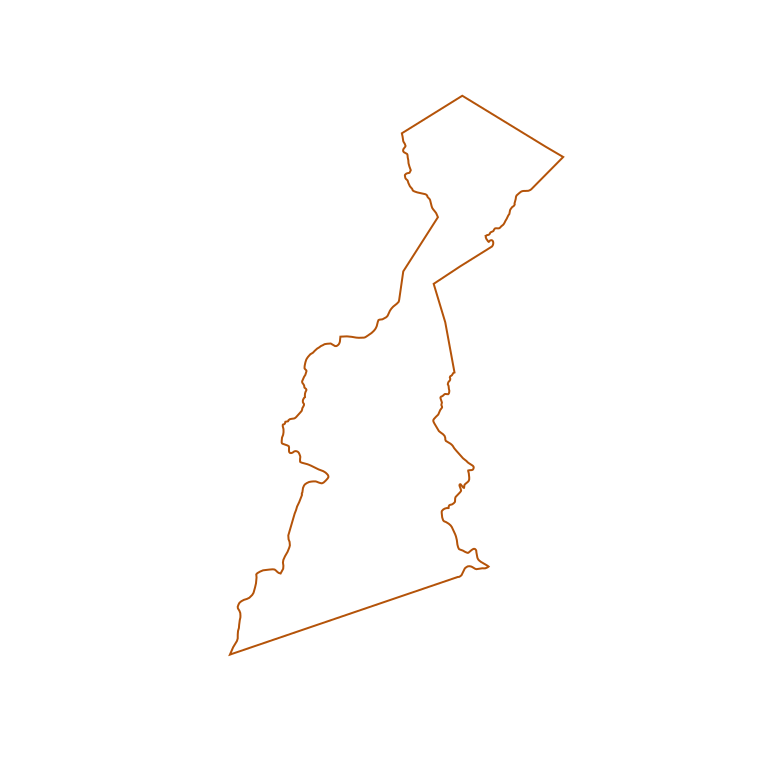 the district of Las Flores, Lempira, Honduras, rotated 150°
{"feature_id": "27666195B81012713461680", "entity_name": "Las Flores", "entity_type": "district", "adm_level": 2, "iso_a3": "HND", "parent_name": "Honduras", "parent_adm1": "Lempira", "projection": "natural_earth1", "projection_center": [-88.667, 14.674], "detail": "fine", "context": "isolated", "style": "outline", "palette": "amber", "viewbox_px": 768, "rotation_deg": 150, "n_neighbors": 0, "source": "geoboundaries", "source_scale": "gbopen_adm2", "svg_char_len": 6154}
<svg xmlns="http://www.w3.org/2000/svg" viewBox="0 0 768 768"><g transform="rotate(150 384 384)"><path d="M390.1,244.3L389.1,245.7L388.1,246.3L387.2,246.3L385.6,245.8L384.9,245.7L383.1,245.9L381.6,246.4L381.2,246.8L379.6,249.3L378.7,250.2L378.0,250.5L372.2,252.2L370.9,252.8L370.5,253.2L370.0,255.0L369.5,258.0L369.2,258.7L368.7,259.1L368.1,259.1L367.8,258.8L367.2,254.9L367.0,254.4L366.7,254.1L366.1,254.6L365.3,255.8L364.5,256.5L363.5,256.8L360.4,257.3L359.0,257.8L357.9,258.8L356.9,260.5L355.2,264.3L354.6,266.6L354.3,267.0L353.3,266.7L351.1,265.6L350.1,265.4L349.5,265.6L348.8,266.0L347.9,267.1L347.8,267.9L348.0,268.9L350.3,273.4L350.7,274.4L351.1,276.1L352.7,280.1L354.7,289.8L355.3,293.2L355.4,296.2L355.8,297.8L356.3,299.1L358.9,303.8L358.7,305.2L358.0,306.5L357.8,307.1L357.5,308.8L358.0,311.0L359.2,313.7L360.0,315.8L360.1,324.9L360.0,326.4L359.8,327.3L359.3,328.1L358.3,328.7L355.5,329.6L352.3,330.4L348.4,333.3L345.5,334.6L345.0,335.6L344.9,336.8L344.8,337.2L343.1,339.0L342.2,343.4L341.9,344.0L341.7,344.2L340.7,344.5L339.4,344.3L336.6,344.9L335.9,344.7L333.6,343.1L333.0,343.2L332.3,343.6L331.5,344.5L330.8,345.5L330.2,347.5L329.5,349.0L329.0,350.2L328.9,351.8L328.2,352.7L326.8,353.7L325.5,354.0L324.7,354.5L324.0,355.4L323.7,356.8L323.0,357.4L322.4,357.6L321.5,357.5L320.7,357.7L318.4,358.9L317.2,358.7L300.1,406.8L290.9,445.9L259.1,447.8L221.6,449.1L220.1,450.0L219.3,450.8L218.5,452.2L218.3,453.2L218.4,453.9L218.6,454.4L218.9,454.7L219.4,455.0L220.4,455.2L221.5,455.0L222.0,454.7L222.3,454.8L222.6,455.8L222.6,457.0L222.8,458.0L222.6,459.9L222.5,460.2L222.0,460.8L222.0,461.4L220.3,461.4L218.9,460.9L218.3,460.9L217.3,461.2L216.5,461.8L215.9,462.0L215.2,462.0L213.5,461.8L212.8,461.8L211.3,462.8L210.2,463.2L209.4,463.0L206.7,461.4L206.2,461.3L205.1,461.4L203.8,461.9L201.2,462.3L200.4,462.6L198.8,463.5L197.2,464.6L195.2,465.7L192.0,467.9L190.5,468.5L188.0,471.4L187.2,472.0L184.7,473.1L182.6,473.3L181.5,473.8L181.0,474.2L180.7,475.1L177.5,478.3L176.1,480.1L174.9,481.0L171.5,481.7L169.5,482.0L168.5,482.0L167.0,481.6L163.5,479.7L162.2,479.1L160.4,478.9L159.1,479.0L115.3,491.0L125.2,508.4L172.1,594.5L243.2,592.2L244.2,589.0L245.9,584.7L246.0,583.6L245.9,581.7L246.3,579.4L246.9,578.9L249.6,577.8L250.5,577.0L250.9,576.2L251.0,575.6L250.8,574.7L249.3,572.2L249.0,571.6L249.0,571.1L249.4,570.0L250.2,568.3L251.1,565.6L252.4,562.9L253.3,559.4L253.9,555.8L255.0,555.0L256.3,554.2L256.9,554.3L258.5,554.9L259.6,555.0L261.1,554.7L261.5,554.4L261.8,553.8L262.5,551.8L262.5,550.8L261.8,548.5L262.4,545.8L262.7,542.2L262.1,539.1L262.1,538.2L262.3,537.4L262.2,536.9L261.4,535.6L259.4,533.3L253.4,527.8L252.8,526.9L252.5,526.0L252.4,525.6L252.7,524.8L252.7,524.3L252.5,523.0L252.1,521.6L252.1,520.3L253.9,514.0L254.2,512.3L254.1,510.7L253.6,507.6L253.4,505.9L253.9,501.5L311.0,471.9L328.7,449.4L329.6,448.4L330.3,447.8L332.8,447.1L337.4,446.4L339.9,445.6L342.2,444.5L346.7,441.3L347.9,440.9L348.8,440.7L353.0,440.8L355.8,442.0L356.8,442.1L358.1,441.1L361.4,437.7L363.1,436.5L364.4,435.8L366.3,435.1L369.3,434.4L375.7,433.9L377.1,433.9L378.2,434.2L382.7,436.6L384.9,438.1L388.4,441.0L392.3,443.8L398.1,446.8L400.9,442.9L401.8,442.0L403.3,441.0L405.1,440.6L406.4,440.7L407.4,441.3L409.9,445.7L413.2,447.3L415.6,448.2L417.5,448.2L419.7,448.4L422.1,448.1L424.1,448.1L427.3,447.4L430.0,446.6L432.9,446.6L436.2,445.5L437.9,444.7L439.1,444.0L441.1,442.2L442.4,440.8L443.7,439.3L444.9,437.5L445.0,436.9L444.5,434.7L444.6,434.1L444.8,433.8L447.6,431.2L449.6,430.2L453.4,427.4L453.8,426.9L454.0,426.3L454.1,425.7L453.9,424.1L453.9,422.7L454.7,420.7L454.0,418.7L454.0,418.2L454.1,417.8L454.5,417.3L455.8,416.5L457.2,415.2L458.4,413.4L459.0,412.1L460.0,412.0L461.1,411.4L461.9,410.9L462.7,410.0L463.3,408.9L463.4,407.9L463.3,406.7L463.8,405.8L465.2,404.8L466.8,403.9L467.8,402.7L468.9,401.8L476.8,399.2L478.2,399.0L479.1,399.1L481.6,400.1L483.2,400.6L484.8,400.4L485.5,399.8L485.8,399.7L488.3,400.6L489.6,399.3L490.6,399.1L491.6,399.4L492.0,399.3L492.3,398.9L492.8,398.1L493.6,395.2L495.1,392.5L496.8,390.4L499.1,388.6L501.1,385.8L501.9,384.4L502.0,383.7L501.8,383.1L498.3,379.0L497.6,377.7L497.9,376.6L499.4,374.2L500.0,372.9L500.1,372.2L499.9,371.4L499.3,370.8L498.4,370.4L497.2,370.3L495.4,370.5L494.4,370.2L493.7,369.8L493.1,369.2L492.6,368.5L492.3,367.6L492.2,367.0L492.3,365.6L492.7,363.3L493.0,362.6L494.2,361.0L495.2,359.3L495.5,358.6L495.4,358.1L494.4,356.8L490.5,352.9L489.5,351.7L488.0,349.7L483.4,342.8L480.2,338.9L478.9,336.5L478.3,334.4L478.1,333.3L478.2,332.3L478.4,331.7L478.8,331.1L480.0,330.4L482.7,329.5L485.3,328.9L486.8,328.9L487.7,329.2L488.6,330.0L489.8,331.3L491.2,333.1L492.0,333.9L493.9,335.0L495.9,335.9L497.9,336.6L500.5,336.8L502.7,336.6L504.1,336.0L506.1,334.5L509.1,330.7L509.6,330.6L509.9,330.3L510.3,329.7L510.4,329.0L516.5,324.1L520.6,321.3L523.2,318.8L526.2,316.4L542.6,300.7L544.3,297.2L544.7,294.5L546.2,291.3L547.7,289.8L551.4,286.9L555.9,284.3L559.1,282.0L560.8,279.9L562.0,276.9L563.7,274.4L568.3,271.6L569.7,273.1L570.3,274.5L570.9,276.6L571.5,278.0L572.9,279.1L575.8,280.5L581.9,283.1L585.1,283.5L588.3,283.5L589.8,283.0L591.1,280.2L594.5,275.4L597.3,272.4L601.4,268.4L603.6,267.2L607.5,266.2L610.2,266.4L613.2,267.1L616.2,267.2L618.5,266.8L620.2,265.8L622.1,264.2L622.7,262.7L622.6,260.0L623.0,257.5L624.3,254.9L625.2,253.5L626.9,251.7L629.9,247.8L631.6,245.3L633.9,243.1L635.9,240.2L637.9,236.8L639.8,235.0L646.2,231.5L652.7,226.7L416.6,180.0L415.4,179.4L413.9,179.4L412.4,179.7L406.2,183.9L404.3,184.2L402.7,184.2L401.3,183.6L400.0,182.6L399.1,181.4L397.4,178.3L396.5,177.4L391.1,175.3L388.6,173.8L386.9,173.5L385.1,173.5L384.7,173.6L385.3,175.0L389.0,181.5L389.8,183.5L390.1,184.7L390.1,186.0L389.9,187.1L388.2,191.9L387.4,193.7L387.4,194.5L387.6,195.4L388.0,195.9L388.5,196.3L389.6,196.5L391.2,196.4L395.1,195.7L395.8,195.8L396.7,196.7L397.8,198.2L399.0,200.3L401.1,202.8L401.5,203.4L401.6,203.9L401.4,205.7L400.7,208.3L399.0,212.3L397.9,216.0L397.5,218.3L396.8,226.2L397.0,228.2L397.8,230.6L399.3,233.4L400.5,234.9L400.8,235.6L400.9,236.2L400.8,237.1L400.3,239.4L398.4,243.7L397.7,244.8L397.1,245.2L395.4,245.7L393.7,245.7L391.7,245.2L390.1,244.3Z" fill="none" stroke="#b45309" stroke-width="2"/></g></svg>